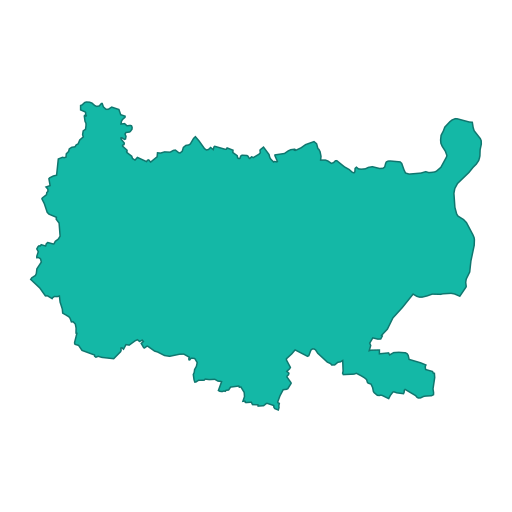 outline of Thieu Hoa, Thanh Hóa, Vietnam
{"feature_id": "81297802B18173194226488", "entity_name": "Thieu Hoa", "entity_type": "district", "adm_level": 2, "iso_a3": "VNM", "parent_name": "Vietnam", "parent_adm1": "Thanh Hóa", "projection": "albers", "projection_center": [105.666, 19.898], "detail": "fine", "context": "isolated", "style": "filled", "palette": "teal", "viewbox_px": 512, "rotation_deg": 0, "n_neighbors": 0, "source": "geoboundaries", "source_scale": "gbopen_adm2", "svg_char_len": 6025}
<svg xmlns="http://www.w3.org/2000/svg" viewBox="0 0 512 512"><path d="M379.3,395.5L380.8,395.1L382.1,395.4L388.7,398.6L390.4,395.3L392.8,392.2L393.8,391.8L396.7,392.8L403.5,393.7L404.2,392.0L404.3,390.2L405.1,389.4L415.6,395.6L417.0,397.3L418.3,398.0L420.5,397.9L423.7,396.4L425.4,396.1L431.5,395.7L433.5,394.7L433.6,392.7L433.0,388.9L434.7,377.6L434.4,373.3L433.3,373.1L432.5,371.5L425.6,369.5L425.2,366.8L425.9,365.0L420.6,362.8L409.1,359.4L408.2,355.4L407.2,353.8L405.5,352.8L398.9,352.3L393.7,352.6L389.6,354.9L388.6,352.9L379.4,353.8L379.4,350.0L370.8,350.2L369.2,350.7L370.7,345.5L369.7,343.1L372.8,337.9L377.8,339.1L380.7,339.0L382.3,336.0L381.5,335.4L387.4,329.1L392.9,317.9L402.2,307.7L413.1,294.1L416.8,296.3L419.4,297.1L422.2,297.1L427.1,295.9L432.2,294.1L440.6,294.3L442.8,293.8L451.0,293.3L454.4,293.9L459.8,296.2L466.0,287.1L466.2,286.4L465.7,282.4L466.0,280.3L466.3,278.9L469.7,272.0L470.9,261.0L474.2,245.3L474.4,239.8L474.1,237.7L473.0,235.0L466.5,222.7L463.6,219.6L458.0,216.1L456.7,214.1L454.9,207.4L453.9,193.3L454.8,188.5L457.5,183.5L468.9,172.5L473.1,167.3L476.3,164.1L478.7,160.5L479.4,158.2L479.9,155.9L480.1,149.8L481.3,144.1L481.2,140.8L480.3,138.6L474.1,130.7L473.1,127.3L472.3,122.3L469.2,122.0L457.3,118.8L455.2,118.7L452.0,120.0L449.9,121.7L444.8,127.1L443.4,130.9L441.1,135.3L440.6,140.0L440.9,143.3L442.2,146.3L445.4,151.3L446.9,155.5L446.5,157.0L440.9,167.3L436.4,171.2L434.5,172.0L431.6,172.4L428.8,172.6L425.7,171.7L420.9,173.1L409.1,174.1L405.5,173.0L404.0,169.9L401.7,163.4L400.1,161.9L390.4,161.0L388.1,161.1L386.4,161.9L385.7,163.2L384.7,167.0L383.0,168.3L379.6,168.5L372.4,166.7L368.4,167.4L365.4,168.8L361.4,169.2L358.5,168.9L356.4,167.2L355.1,168.4L354.9,171.5L354.4,172.6L353.8,172.8L352.3,172.3L349.1,169.5L344.5,166.9L336.8,160.7L335.4,160.8L333.6,162.6L331.4,163.4L327.9,161.0L325.5,160.1L320.6,160.1L321.0,156.4L320.1,151.8L318.9,149.4L317.9,148.6L316.6,143.8L314.0,141.6L305.6,144.6L301.1,147.8L295.6,150.4L294.6,150.3L295.1,149.5L294.7,149.2L290.8,149.7L288.2,150.9L284.5,153.5L275.0,154.9L274.9,155.6L277.4,161.4L276.9,161.9L274.4,161.5L273.6,162.0L270.8,159.2L269.8,157.5L269.0,154.5L263.5,147.1L260.3,149.7L260.0,150.2L260.3,152.8L259.0,154.2L253.3,157.6L251.6,156.8L249.8,158.5L249.1,158.1L247.9,156.1L246.9,155.5L242.0,155.2L240.7,156.1L240.0,158.3L239.0,158.6L237.6,157.9L237.2,155.7L232.8,152.5L233.0,150.2L227.1,147.9L226.4,149.2L225.2,149.3L214.7,146.3L214.0,146.9L213.2,149.6L210.6,147.5L208.5,149.5L206.4,150.0L204.5,148.6L199.0,140.9L195.4,136.7L193.6,138.4L190.3,144.0L188.6,145.0L185.9,145.4L183.4,147.4L182.2,151.3L180.0,153.0L178.7,152.7L175.4,150.1L173.4,150.4L170.1,152.2L164.6,151.9L160.5,153.1L157.5,152.8L157.1,156.8L150.6,162.1L148.7,159.9L147.5,160.2L146.5,161.6L137.4,157.4L135.0,160.1L132.5,158.5L131.7,156.2L126.9,152.5L126.6,151.5L127.1,151.1L127.0,150.2L122.6,146.2L122.6,145.2L124.0,144.6L124.3,143.1L121.3,139.4L120.9,138.2L121.1,137.7L122.1,137.9L124.5,139.4L125.5,139.0L126.0,136.4L125.0,134.0L126.0,132.5L129.5,132.0L130.3,131.5L132.0,129.2L132.1,127.3L131.5,125.8L130.2,125.4L127.0,125.8L124.6,123.6L121.0,124.0L121.5,121.1L122.6,119.4L125.0,117.3L125.1,116.2L120.7,114.7L118.9,109.5L111.7,107.1L108.3,109.3L106.0,109.3L103.4,106.9L102.2,103.5L101.4,103.5L99.2,106.0L96.6,106.4L94.7,105.5L92.0,103.1L89.6,102.2L86.4,102.0L84.7,102.5L82.0,105.0L80.6,105.5L80.6,109.9L84.9,111.8L85.6,112.5L85.7,114.6L86.3,115.7L85.8,116.2L84.5,115.5L84.3,116.1L85.0,121.2L86.0,123.4L86.0,125.7L85.5,129.3L83.2,130.9L82.6,134.7L83.3,136.9L79.8,139.9L78.1,143.9L76.2,144.9L75.0,146.8L71.7,147.3L69.3,148.9L68.6,151.5L66.3,153.8L66.0,157.1L64.2,157.7L62.5,157.3L58.3,159.0L56.6,175.2L53.3,176.0L49.7,177.8L48.9,178.7L50.1,185.6L46.0,187.0L47.9,189.2L47.9,191.5L46.8,192.5L46.5,194.7L42.4,197.9L41.9,198.8L44.3,203.6L47.2,212.3L48.9,214.1L56.4,217.3L56.2,219.2L59.1,223.1L60.1,236.2L58.3,239.1L55.3,241.3L54.0,243.8L53.3,244.0L47.7,242.5L46.3,243.8L45.6,246.0L41.2,244.7L40.2,246.0L39.0,245.8L38.0,246.7L36.8,248.9L38.3,251.7L36.8,256.2L36.8,257.7L38.5,257.6L40.0,258.4L40.6,259.1L41.3,262.1L36.9,268.8L36.3,273.6L35.4,275.5L31.9,277.7L30.7,279.4L39.8,288.0L45.4,295.9L47.5,295.8L52.1,298.6L52.7,297.6L54.4,296.5L57.3,296.6L59.4,296.0L60.1,302.1L62.3,309.0L62.7,313.1L68.8,316.7L70.1,318.3L71.4,321.9L73.2,321.8L75.3,324.0L76.1,328.1L76.0,333.1L76.9,333.3L74.6,342.4L74.7,343.9L75.3,344.4L78.6,345.4L82.0,350.4L94.5,355.0L94.6,356.2L95.9,357.2L98.2,356.3L101.9,357.4L113.7,358.7L120.6,351.7L121.1,350.4L120.9,348.1L122.0,347.8L123.5,349.2L126.0,344.6L129.2,345.1L135.1,340.8L137.4,339.7L139.6,341.5L142.2,340.1L143.4,341.5L141.2,343.4L143.7,347.7L144.4,348.0L146.9,346.2L147.7,346.2L154.6,351.1L157.6,352.0L164.5,355.5L169.6,356.3L179.6,354.2L183.8,354.1L189.3,357.2L188.8,358.9L189.0,359.8L189.7,359.9L191.1,358.2L194.3,358.4L195.1,359.0L197.2,362.6L196.4,366.3L194.6,369.5L194.2,372.5L193.3,374.5L194.0,379.6L194.8,382.1L195.9,382.0L198.5,380.3L204.1,380.2L205.2,379.1L209.3,379.6L214.8,379.3L218.0,381.1L220.8,381.4L221.6,381.7L218.4,390.5L219.8,391.3L222.1,391.6L223.9,391.0L225.3,391.3L226.1,390.3L228.6,390.0L230.6,387.1L238.8,386.0L239.3,387.2L240.9,387.0L244.2,392.4L244.5,396.6L242.9,401.3L244.8,401.1L245.3,401.5L245.3,402.4L246.0,402.6L251.3,402.2L252.5,404.6L257.9,404.8L258.1,406.1L263.6,405.7L266.5,403.4L267.4,403.4L273.7,405.5L273.9,407.3L274.8,408.6L278.3,410.0L279.0,407.6L278.8,405.8L279.3,403.4L277.9,402.7L277.7,402.0L280.0,395.7L283.2,389.7L286.5,389.3L287.8,388.7L291.1,383.4L291.0,382.7L286.9,376.9L287.2,375.9L288.5,374.8L288.9,373.2L286.8,371.4L289.6,368.8L290.4,367.4L286.5,360.1L286.4,358.8L291.8,353.8L295.1,349.9L307.5,356.3L308.8,355.7L310.9,350.1L312.5,348.9L314.1,349.0L315.5,349.8L317.7,353.2L327.3,362.1L330.6,363.6L331.7,365.0L334.7,364.9L337.8,362.3L340.6,361.8L342.7,360.5L343.1,371.1L342.6,373.2L343.3,374.6L354.0,374.1L356.4,373.3L361.2,375.8L364.5,377.8L366.6,379.6L367.4,382.3L368.1,383.1L371.0,384.1L372.6,387.5L373.4,391.5L374.2,392.7L377.3,395.3L379.3,395.5Z" fill="#14b8a6" stroke="#0f766e" stroke-width="1.5"/></svg>